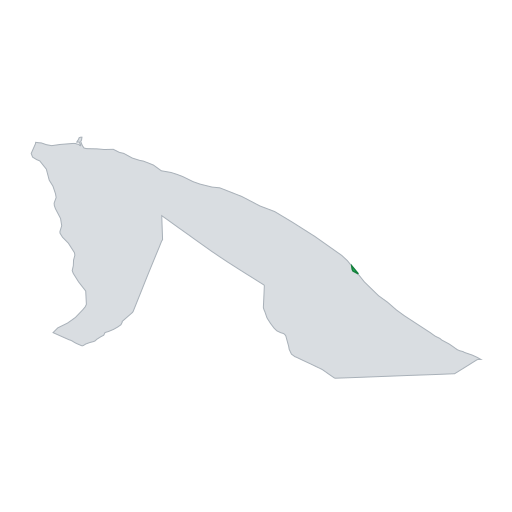 Banaadir on a map of Somalia (Equal Earth projection), rotated 268°
{"feature_id": "SOM-2407", "entity_name": "Banaadir", "entity_type": "Region", "adm_level": 1, "iso_a3": "SOM", "parent_name": "Somalia", "parent_adm1": "", "projection": "equal_earth", "projection_center": [45.457, 2.085], "detail": "fine", "context": "in_parent", "style": "filled", "palette": "green", "viewbox_px": 512, "rotation_deg": 268, "n_neighbors": 0, "source": "natural_earth", "source_scale": "10m", "svg_char_len": 2569}
<svg xmlns="http://www.w3.org/2000/svg" viewBox="0 0 512 512"><g transform="rotate(268 256 256)"><path d="M144.9,474.4L144.5,473.1L142.2,469.1L137.9,461.7L134.7,456.1L131.4,450.3L131.4,445.7L131.3,432.0L131.3,404.7L131.2,377.4L131.1,350.1L131.1,336.4L131.1,330.8L131.5,329.9L135.2,324.9L140.2,318.3L146.8,305.7L150.3,298.8L153.3,293.1L154.0,291.4L156.7,288.0L161.6,285.9L164.6,285.5L175.1,283.0L176.7,281.9L177.6,280.7L178.5,278.0L180.5,274.2L183.2,271.6L188.2,268.1L193.1,265.2L194.2,264.7L200.1,262.9L201.5,262.3L203.9,261.6L204.9,261.6L213.1,262.3L219.5,262.8L226.1,263.3L226.8,262.9L231.4,256.1L238.7,245.3L243.4,238.4L250.7,227.8L256.2,220.1L262.4,211.6L268.3,203.9L275.5,194.5L280.0,188.7L287.0,179.5L293.7,170.9L299.6,163.2L291.4,163.2L283.5,163.2L275.6,163.2L274.2,162.2L267.6,159.3L259.3,155.5L248.9,150.8L241.6,147.5L233.7,144.0L225.7,140.5L219.4,137.7L211.7,134.3L204.9,131.3L203.9,130.6L200.2,126.0L195.3,120.0L194.3,119.9L192.0,118.6L189.9,115.4L187.7,111.2L185.7,106.0L184.8,102.5L182.1,101.0L180.8,98.2L178.4,94.1L176.7,92.1L176.1,90.4L175.3,86.8L174.0,82.8L172.6,80.4L172.3,79.4L172.4,78.7L174.9,73.4L176.0,71.5L177.3,69.6L178.3,67.8L178.7,66.5L181.7,60.3L184.4,54.8L186.5,50.5L191.1,55.4L195.6,65.4L200.9,73.4L208.2,80.9L211.1,83.5L213.6,84.8L226.9,84.6L236.3,77.8L244.9,72.8L247.8,71.8L252.7,73.1L258.2,73.5L263.1,75.0L265.6,74.7L275.4,68.9L281.5,63.3L285.7,60.9L287.3,60.9L293.0,62.9L300.3,62.0L310.3,57.2L313.5,56.2L315.9,56.1L321.4,58.3L322.2,58.2L325.2,57.8L332.9,55.5L339.0,52.0L350.1,49.5L358.6,43.2L360.0,40.1L362.6,36.2L366.3,34.9L375.8,39.5L377.3,39.8L376.8,42.6L376.5,45.4L374.6,50.3L373.4,55.7L374.3,64.0L374.9,77.5L374.7,79.5L374.0,81.4L373.8,82.9L372.8,83.5L372.3,84.3L373.1,84.7L376.1,83.2L376.0,81.6L376.1,80.8L378.6,82.6L380.4,83.4L380.9,85.1L380.8,86.2L378.0,85.7L376.6,84.8L372.4,86.3L369.9,87.9L369.2,90.5L368.6,101.1L367.7,108.0L367.6,117.1L364.3,123.1L363.2,127.3L358.2,135.8L355.6,143.1L354.8,146.7L350.5,156.6L344.5,164.3L342.4,174.1L340.2,180.2L337.8,185.8L332.5,195.7L329.8,202.6L326.4,214.5L325.4,222.1L315.9,244.0L305.9,261.6L299.7,276.3L288.6,293.4L273.4,315.6L253.5,341.8L248.1,347.2L226.3,363.4L212.1,377.0L204.9,386.2L197.3,394.3L191.3,401.9L173.1,427.8L171.2,430.2L169.5,432.5L167.2,436.9L165.6,438.6L161.3,446.0L158.5,449.8L155.5,453.6L154.2,456.3L153.3,459.4L152.3,461.1L149.5,468.5L147.1,473.3L144.8,477.1L144.9,474.4Z" fill="#d9dde1" stroke="#a8b0b8" stroke-width="1"/><path d="M242.8,351.3L234.6,357.6L237.6,352.4L239.3,351.7L242.7,351.3L242.8,351.3Z" fill="#22c55e" stroke="#15803d" stroke-width="1.5"/></g></svg>